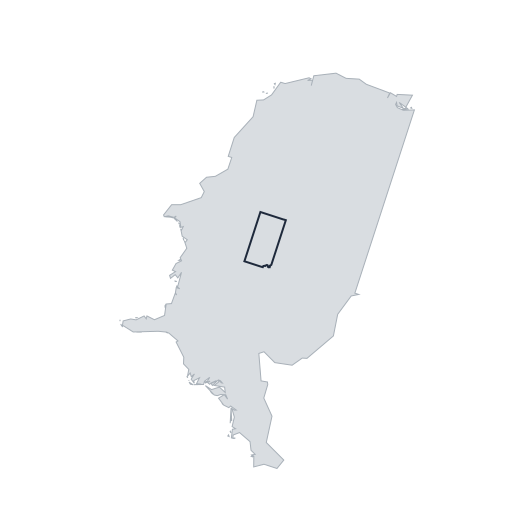 Kansas on a map of United States of America (Mercator projection), rotated 108°
{"feature_id": "USA-3530", "entity_name": "Kansas", "entity_type": "State", "adm_level": 1, "iso_a3": "USA", "parent_name": "United States of America", "parent_adm1": "", "projection": "mercator", "projection_center": [-97.125, 38.5], "detail": "fine", "context": "in_parent", "style": "outline", "palette": "slate", "viewbox_px": 512, "rotation_deg": 108, "n_neighbors": 0, "source": "natural_earth", "source_scale": "10m", "svg_char_len": 5796}
<svg xmlns="http://www.w3.org/2000/svg" viewBox="0 0 512 512"><g transform="rotate(108 256 256)"><path d="M403.4,191.3L430.2,188.6L441.5,166.5L451.6,170.4L451.6,184.1L457.3,193.0L447.1,196.2L446.5,198.6L444.9,195.5L442.3,200.7L434.4,204.3L429.0,217.1L433.3,222.4L436.3,221.8L435.5,219.4L436.4,220.5L436.6,223.2L428.1,224.9L426.6,222.1L425.6,226.0L415.9,226.8L408.5,231.8L409.3,229.0L408.6,227.2L406.5,233.8L408.6,235.0L407.8,240.6L402.8,247.7L397.7,243.3L400.9,238.8L397.3,241.9L398.7,246.9L400.8,249.7L401.1,252.8L394.9,264.1L396.8,257.0L392.0,250.3L395.3,243.1L390.4,245.3L392.0,255.8L387.4,252.6L385.8,253.0L387.3,249.7L387.2,248.7L385.6,251.3L385.5,253.5L392.6,257.5L391.0,259.4L387.9,255.8L386.7,255.1L390.6,259.5L392.3,260.4L391.3,263.0L389.1,261.0L392.4,264.9L391.6,265.5L390.0,263.5L385.7,262.5L391.0,266.3L394.4,266.2L397.7,275.6L394.8,268.4L395.7,273.1L389.3,272.1L393.8,276.7L396.1,275.4L393.2,279.6L387.2,278.1L390.8,280.3L387.6,282.4L391.4,284.0L384.6,284.9L381.0,291.6L374.6,293.4L362.5,305.4L360.9,304.0L356.3,314.9L356.0,317.5L357.8,325.7L366.2,349.3L363.1,361.6L358.8,362.3L354.6,355.7L353.8,350.3L347.6,343.9L349.7,341.0L346.7,341.2L348.0,332.9L340.8,324.6L329.4,326.6L327.4,321.7L316.3,321.3L317.7,319.4L315.7,321.3L310.7,322.1L310.7,318.4L309.8,321.0L294.5,321.8L301.0,323.6L298.7,327.1L303.7,330.4L301.1,332.2L295.7,327.7L295.3,331.2L287.8,329.7L283.6,325.3L281.0,327.6L270.0,324.2L263.6,328.9L265.2,327.6L261.8,326.4L260.0,332.3L253.3,336.1L254.9,334.9L250.5,334.3L252.0,336.3L246.9,338.8L244.9,345.2L242.6,344.2L244.6,346.0L244.9,351.8L247.0,355.4L245.5,356.6L233.3,352.1L230.5,343.5L217.4,326.1L210.7,325.1L204.3,332.0L196.4,327.4L192.8,319.3L182.1,309.6L169.8,309.5L169.8,313.2L150.0,313.3L124.4,301.8L107.6,303.3L105.2,297.0L98.0,291.0L83.1,286.2L83.0,281.6L70.1,260.6L70.5,258.4L73.1,261.2L71.4,256.5L76.9,256.1L66.7,256.7L57.4,236.4L59.2,225.2L55.9,212.5L58.6,204.1L59.7,179.2L65.1,179.8L59.2,178.6L60.8,171.6L58.7,171.7L54.7,156.9L68.2,159.5L65.7,167.3L69.9,161.7L69.6,168.2L66.5,169.8L68.7,170.1L71.2,167.4L71.9,160.8L68.1,150.5L260.8,150.5L260.8,146.4L264.6,153.1L286.2,160.3L308.1,157.7L337.6,175.9L338.8,180.5L348.7,187.9L351.6,205.2L344.6,218.8L347.8,223.2L373.2,212.6L372.3,206.2L374.6,205.1L388.7,204.7L403.4,191.3ZM418.8,229.6L423.0,228.9L408.1,232.8L420.4,228.1L418.8,229.6ZM69.2,156.9L71.1,161.1L71.0,161.7L68.5,158.6L69.2,156.9ZM246.8,354.4L245.2,349.2L245.3,346.3L245.5,349.4L246.8,354.4ZM448.1,196.7L448.0,198.7L447.3,198.2L448.1,196.7ZM283.7,326.9L284.0,328.1L282.8,327.1L283.7,326.9ZM88.9,291.4L90.6,290.7L90.7,290.9L88.9,291.4ZM87.1,290.9L86.4,291.8L85.8,291.0L87.1,290.9ZM432.0,225.2L430.8,226.4L430.5,226.2L432.0,225.2ZM246.2,343.6L245.3,345.9L247.5,341.4L246.2,343.6ZM363.8,341.6L365.3,346.2L363.5,341.1L363.8,341.6ZM97.6,295.5L98.4,296.8L97.5,295.6L97.6,295.5ZM363.9,362.2L362.5,363.7L364.7,360.7L363.9,362.2ZM398.2,278.8L396.6,280.7L397.9,276.1L398.2,278.8ZM67.4,153.5L67.4,154.7L66.6,154.1L67.4,153.5ZM252.1,337.3L249.7,338.4L252.1,336.9L252.1,337.3ZM436.0,225.8L435.9,227.2L434.6,226.8L436.0,225.8ZM97.6,299.2L98.2,300.8L97.4,299.4L97.6,299.2ZM249.1,339.2L248.1,339.8L249.0,338.9L249.1,339.2ZM400.4,255.0L398.8,257.7L400.7,254.0L400.4,255.0ZM262.9,330.0L261.3,330.9L263.5,329.3L262.9,330.0ZM356.6,316.1L356.3,318.1L356.2,316.7L356.6,316.1ZM391.9,284.3L391.4,284.7L393.0,283.2L391.9,284.3ZM333.5,326.2L331.6,327.2L330.8,327.0L333.5,326.2ZM310.0,321.8L309.6,322.1L308.5,322.1L310.0,321.8ZM351.7,350.4L352.0,351.8L351.4,350.2L351.7,350.4ZM305.1,324.5L304.8,325.8L304.7,323.5L305.1,324.5ZM359.6,365.4L358.6,365.6L360.0,365.2L359.6,365.4ZM407.4,241.6L406.6,242.9L407.6,241.0L407.4,241.6ZM395.4,281.2L394.7,281.6L395.4,281.2Z" fill="#d9dde1" stroke="#a8b0b8" stroke-width="1"/><path d="M212.8,265.4L212.8,264.6L212.8,263.8L212.8,262.9L212.8,262.1L212.8,261.3L212.8,260.5L212.8,259.6L212.8,258.8L212.8,258.0L212.8,257.2L212.8,256.3L212.8,255.5L212.8,254.7L212.8,253.8L212.8,253.0L212.8,252.2L212.8,251.3L212.8,250.5L212.8,249.7L212.8,248.8L212.8,248.0L212.8,247.1L212.8,246.3L212.8,245.4L212.8,244.6L212.8,243.8L212.8,242.9L212.8,242.1L212.8,241.2L212.7,240.4L212.7,239.5L212.7,238.7L214.4,238.7L215.9,238.7L217.3,238.7L218.8,238.7L220.2,238.7L221.7,238.7L223.2,238.7L224.6,238.7L226.1,238.7L227.5,238.7L229.0,238.7L230.5,238.7L231.9,238.7L233.4,238.7L234.9,238.7L236.3,238.7L237.8,238.7L239.2,238.7L240.7,238.7L242.2,238.7L243.6,238.7L245.1,238.7L246.5,238.7L248.0,238.7L249.5,238.7L250.9,238.7L252.4,238.7L253.9,238.7L255.3,238.7L256.8,238.7L258.2,238.7L259.7,238.7L260.1,239.0L260.3,239.2L260.5,239.3L260.6,239.5L260.8,239.5L261.1,239.8L261.3,239.9L261.6,239.8L261.8,239.6L262.0,239.5L262.3,239.5L262.3,239.8L262.4,240.0L262.7,240.2L262.7,240.3L262.7,240.6L262.7,240.8L262.8,240.8L262.8,241.0L262.7,241.1L262.2,241.0L262.1,241.4L262.0,241.5L261.9,241.6L261.7,241.8L261.5,242.1L261.5,242.3L261.5,242.5L261.4,242.5L261.2,242.5L261.2,242.9L261.4,243.1L261.5,243.1L261.7,243.5L261.8,243.6L262.2,243.9L262.2,244.0L262.3,244.1L262.6,244.2L262.6,244.4L262.6,244.7L262.8,245.1L263.0,245.3L263.1,245.5L263.2,245.8L263.4,245.9L263.7,246.1L263.8,246.1L264.1,246.1L264.3,246.1L264.3,246.3L264.5,246.3L264.5,246.5L264.6,247.3L264.6,248.4L264.6,249.6L264.6,250.7L264.6,251.9L264.6,253.0L264.6,254.1L264.6,255.3L264.6,256.4L264.6,257.5L264.6,258.7L264.6,259.8L264.6,260.9L264.6,262.0L264.6,263.2L264.6,264.3L264.6,265.4L263.0,265.4L261.4,265.4L259.7,265.4L258.1,265.4L256.5,265.4L254.9,265.4L253.3,265.4L251.7,265.4L250.1,265.4L248.5,265.4L246.9,265.4L245.2,265.4L243.6,265.4L242.0,265.4L240.4,265.4L238.8,265.4L237.2,265.4L235.6,265.4L234.0,265.4L232.4,265.4L230.7,265.4L229.1,265.4L227.5,265.4L225.9,265.4L224.3,265.4L222.7,265.4L221.1,265.4L219.5,265.4L217.8,265.4L216.2,265.4L214.6,265.4L212.8,265.4Z" fill="none" stroke="#1e293b" stroke-width="2"/></g></svg>